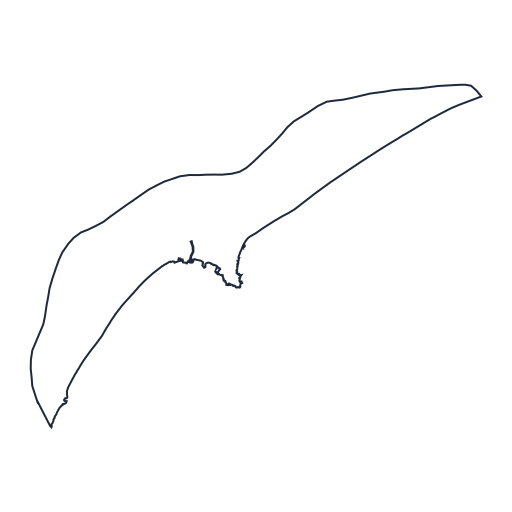 Al Mukalla City, Hadramawt, Yemen (Natural Earth projection)
{"feature_id": "15242507B50581943106199", "entity_name": "Al Mukalla City", "entity_type": "district", "adm_level": 2, "iso_a3": "YEM", "parent_name": "Yemen", "parent_adm1": "Hadramawt", "projection": "natural_earth1", "projection_center": [49.141, 14.533], "detail": "fine", "context": "isolated", "style": "outline", "palette": "slate", "viewbox_px": 512, "rotation_deg": 0, "n_neighbors": 0, "source": "geoboundaries", "source_scale": "gbopen_adm2", "svg_char_len": 5820}
<svg xmlns="http://www.w3.org/2000/svg" viewBox="0 0 512 512"><path d="M419.3,88.4L402.8,89.3L392.8,90.2L384.9,91.6L369.9,93.6L352.2,97.8L343.0,99.7L334.0,100.7L326.7,101.7L317.9,106.0L307.0,113.3L293.8,121.4L287.3,127.3L282.3,133.4L276.6,139.6L270.5,145.8L263.8,151.6L258.2,157.2L252.3,162.8L246.2,168.0L239.6,171.8L231.9,173.7L221.9,174.7L214.1,174.6L205.9,174.7L198.3,175.1L189.6,175.0L179.9,176.3L164.3,181.6L157.2,185.1L149.0,189.4L141.3,194.7L133.5,200.2L126.6,204.9L110.4,216.5L103.5,221.8L96.6,225.5L88.2,229.6L81.0,232.4L73.8,237.7L68.5,243.5L62.3,252.4L58.8,260.1L56.0,267.9L52.4,278.6L49.6,288.1L48.2,296.8L46.5,305.8L45.0,316.2L43.3,324.3L32.3,350.4L30.9,359.7L30.7,368.7L31.6,377.1L32.3,386.1L37.5,402.1L37.7,401.8L50.0,425.7L51.4,427.3L51.8,426.1L51.4,425.1L51.5,424.3L52.4,423.3L53.5,420.6L53.4,420.0L53.7,419.0L54.5,418.2L54.7,417.9L54.6,416.9L55.0,416.1L55.6,415.5L56.5,414.0L56.5,413.6L58.1,410.3L59.4,408.1L61.4,405.8L62.6,405.1L62.7,404.7L62.5,404.4L62.8,404.0L64.5,403.9L65.0,403.4L65.4,403.4L66.0,403.0L66.7,401.2L64.4,400.8L64.2,400.4L64.2,399.6L65.2,398.5L65.3,398.2L66.6,398.3L67.0,397.9L67.3,397.3L67.1,395.4L66.9,394.0L67.0,393.6L66.9,391.8L67.1,390.6L68.3,387.1L72.4,379.2L72.7,378.8L74.5,375.3L76.8,371.6L77.0,371.0L78.4,369.0L80.9,364.7L83.5,360.6L85.2,358.2L85.3,357.9L85.7,357.5L91.6,349.4L94.8,345.5L101.8,336.1L106.2,328.4L110.0,322.6L110.9,320.9L115.4,314.3L115.5,313.8L115.8,313.7L121.8,305.9L124.0,303.3L132.7,293.7L133.2,293.5L133.3,293.1L139.6,285.9L141.6,283.9L143.9,281.5L148.3,277.4L153.2,273.1L162.0,266.3L163.1,265.7L164.0,264.9L165.3,264.3L169.8,261.7L170.3,261.6L170.7,261.8L170.9,262.1L172.5,261.4L173.5,261.4L174.3,261.7L174.4,261.9L174.3,262.4L174.5,262.7L178.6,261.2L178.9,260.9L181.7,260.9L181.7,260.7L179.6,260.6L178.9,260.7L178.6,260.4L178.4,259.9L178.7,258.6L178.9,258.6L178.9,258.3L180.5,258.6L180.8,259.5L178.8,259.8L178.9,260.0L182.6,259.5L182.9,260.5L183.0,262.4L184.2,262.6L184.3,262.5L185.2,262.5L185.8,262.8L186.5,263.4L186.9,263.4L187.9,261.3L188.3,261.1L188.9,261.1L189.5,260.1L190.2,258.6L190.8,255.6L192.5,252.5L192.9,251.3L192.7,249.2L192.6,246.7L190.7,241.6L191.7,241.2L192.4,244.4L193.3,246.9L193.4,251.2L193.3,251.9L191.3,256.1L190.8,258.9L189.8,261.3L190.1,261.2L190.2,260.9L190.2,260.6L190.9,259.4L191.5,259.4L192.0,259.5L191.9,260.5L191.1,261.5L190.6,261.5L190.1,262.1L189.8,261.6L189.7,261.4L189.4,262.2L189.9,262.5L190.5,262.4L191.6,262.7L192.7,262.4L193.5,260.9L193.9,259.5L194.3,259.2L194.8,259.1L195.9,259.6L201.1,260.8L203.1,262.3L203.0,263.2L202.9,263.2L202.6,263.8L202.8,264.0L202.6,264.3L202.5,265.2L202.4,265.5L203.3,266.6L203.8,267.0L203.8,267.5L204.0,267.7L204.4,267.7L205.3,267.2L205.5,265.8L205.3,265.0L205.2,264.9L205.2,264.6L205.6,263.9L206.2,263.3L207.7,262.7L208.7,262.6L210.3,263.1L211.2,263.5L211.3,263.9L211.6,263.8L213.1,264.6L213.1,265.0L213.4,265.2L213.7,265.1L213.9,264.8L215.4,265.3L215.6,265.6L215.9,265.5L216.5,265.7L216.7,265.9L216.8,266.2L217.1,266.4L216.3,268.9L216.6,268.7L217.2,266.8L219.2,268.2L219.6,268.8L219.9,268.6L220.2,269.2L220.0,269.4L219.6,269.4L219.5,269.6L217.7,272.9L216.2,271.8L216.0,272.1L215.5,271.2L215.2,271.4L215.3,271.8L216.0,272.6L217.8,274.4L219.1,274.1L219.3,274.4L220.4,274.9L220.9,275.0L221.8,274.9L222.2,275.3L222.8,275.3L222.8,276.5L222.6,276.6L223.4,278.3L223.4,278.5L223.6,278.6L223.5,279.2L223.3,279.3L223.4,280.0L223.6,280.2L223.9,280.2L223.9,280.7L224.6,280.7L224.7,280.9L224.7,280.7L224.8,280.7L225.3,281.0L225.3,281.7L225.5,281.7L225.7,281.9L225.7,282.7L226.0,282.9L226.2,283.5L226.5,283.8L226.3,284.9L227.0,285.1L227.4,285.0L228.2,285.2L228.4,284.9L228.3,284.7L228.3,284.1L228.6,283.6L229.3,283.5L229.8,283.9L229.9,285.0L230.6,285.0L231.4,284.6L232.6,285.0L232.8,285.7L233.4,286.0L234.2,285.6L235.0,285.9L235.4,286.1L235.4,286.6L235.7,287.2L235.9,287.2L236.3,287.5L237.0,287.6L237.5,287.1L238.1,287.0L238.6,287.4L239.2,287.4L239.6,287.6L239.9,287.5L240.1,287.3L240.1,286.9L240.3,286.5L240.1,285.9L240.2,285.3L240.4,284.9L240.4,284.2L241.2,283.4L241.2,283.0L241.4,283.3L242.2,283.0L242.1,282.8L241.7,282.5L241.6,282.1L241.4,282.4L240.9,282.0L240.1,282.1L239.6,281.6L239.4,280.9L239.8,279.1L239.2,278.3L239.3,277.8L239.5,277.6L239.8,277.6L240.2,277.1L240.5,276.3L241.2,275.3L240.9,275.4L240.8,275.7L240.6,275.0L240.3,274.9L240.2,275.2L239.9,275.0L239.5,274.5L239.3,275.0L238.9,275.1L238.3,274.6L238.2,274.4L238.3,274.0L238.0,273.9L238.0,273.7L237.6,273.4L237.4,273.4L237.3,273.7L237.0,273.5L236.9,273.1L236.6,273.0L236.8,272.2L237.1,272.2L237.2,271.9L236.7,271.5L236.5,270.3L236.7,270.2L237.0,270.1L237.1,269.8L237.3,267.4L237.5,266.7L237.2,266.4L237.6,266.0L237.4,265.4L237.4,265.1L237.6,265.1L237.6,264.7L237.8,264.7L238.0,264.1L237.8,264.1L237.7,264.5L237.4,264.4L237.5,264.1L237.5,263.5L237.7,263.4L238.0,263.7L237.9,264.0L238.0,264.1L238.3,263.0L238.2,262.3L238.4,261.6L238.2,261.9L238.0,261.5L237.6,261.3L237.5,260.9L238.2,260.9L238.3,261.3L238.4,260.9L238.7,260.6L238.7,259.2L239.0,258.3L238.6,258.4L238.5,257.7L238.8,257.6L239.1,258.0L239.2,257.9L238.6,257.1L238.7,256.2L239.9,253.4L239.8,253.0L240.5,251.5L241.0,250.8L242.1,247.8L242.3,247.9L242.2,247.7L242.5,247.1L242.8,246.8L243.6,247.3L243.9,247.3L244.4,246.8L244.3,246.7L244.0,247.0L243.6,247.1L242.7,246.5L243.2,245.2L243.5,244.8L243.8,244.8L244.6,245.2L244.7,245.6L244.5,246.0L244.8,245.8L244.7,245.2L244.0,244.7L243.9,244.0L244.3,243.2L244.5,242.7L245.2,241.8L245.8,240.6L246.2,240.5L246.8,239.4L248.5,237.6L251.6,235.5L252.3,235.2L256.1,233.0L263.4,227.9L274.9,220.6L282.4,216.2L288.7,212.9L294.5,209.4L315.1,193.4L330.4,182.3L360.3,162.2L382.2,148.1L391.3,142.5L395.6,140.0L402.9,135.4L406.2,133.6L431.0,118.6L434.8,116.8L438.2,114.9L447.2,110.2L451.6,108.0L459.0,104.9L481.3,96.5L476.8,90.9L472.3,86.8L471.0,85.7L465.0,84.7L459.6,84.8L438.0,86.0L419.3,88.4Z" fill="none" stroke="#1e293b" stroke-width="2"/></svg>